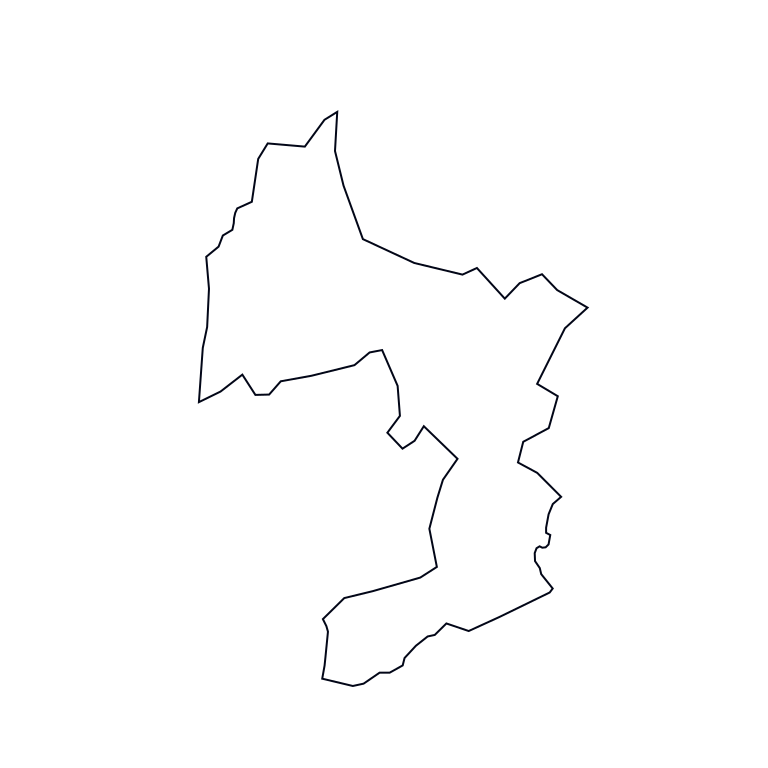 the border of Balvu, rotated 327°
{"feature_id": "LVA-1063", "entity_name": "Balvu", "entity_type": "Municipality", "adm_level": 1, "iso_a3": "LVA", "parent_name": "Latvia", "parent_adm1": "", "projection": "albers", "projection_center": [27.276, 57.034], "detail": "fine", "context": "isolated", "style": "outline", "palette": "ink", "viewbox_px": 768, "rotation_deg": 327, "n_neighbors": 0, "source": "natural_earth", "source_scale": "10m", "svg_char_len": 1306}
<svg xmlns="http://www.w3.org/2000/svg" viewBox="0 0 768 768"><g transform="rotate(327 384 384)"><path d="M417.5,118.9L446.9,141.8L478.0,130.0L493.0,130.3L469.8,161.9L458.1,195.6L445.2,251.0L475.3,299.0L509.4,335.0L525.1,337.3L531.8,378.2L552.7,373.3L576.3,378.0L580.4,399.6L596.3,430.8L566.1,435.8L512.5,467.3L523.1,488.9L498.2,510.7L469.3,508.3L453.6,522.8L464.1,542.0L471.1,575.1L460.2,576.6L451.1,582.9L441.7,592.8L438.9,597.1L441.2,601.2L434.6,608.2L430.6,609.0L427.6,607.5L426.1,604.9L422.5,604.8L418.3,607.9L414.2,614.8L414.4,623.2L412.3,629.1L414.1,647.4L409.4,649.1L353.5,642.2L320.5,637.3L305.9,618.8L289.9,622.1L283.1,619.5L268.2,620.9L252.0,625.0L246.4,630.2L231.6,629.2L223.1,623.7L203.7,624.2L193.4,620.3L171.7,597.5L180.8,587.8L186.2,581.1L202.1,561.2L203.8,555.7L204.7,547.9L234.1,541.9L261.7,551.6L309.0,566.1L328.7,566.2L343.2,530.1L366.9,508.4L381.3,496.4L404.9,486.8L394.4,441.1L378.7,448.3L364.3,448.3L360.3,426.7L380.0,419.4L394.4,393.0L400.9,354.5L389.1,349.7L369.5,352.1L327.7,337.6L298.9,325.5L281.9,330.3L270.2,323.1L270.3,299.0L242.8,301.3L218.9,298.4L251.7,255.0L266.7,239.9L289.1,208.8L304.2,180.5L320.1,178.7L329.7,171.7L340.8,172.1L345.6,167.3L348.6,163.2L352.5,159.4L356.6,156.8L372.4,159.2L401.1,126.7L417.5,118.9Z" fill="none" stroke="#020617" stroke-width="2"/></g></svg>